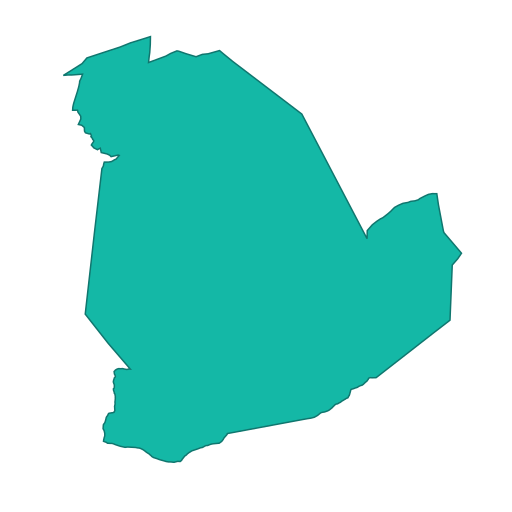 the district of Ocotepec, Chiapas, Mexico, rotated 94°
{"feature_id": "50627088B68373629455752", "entity_name": "Ocotepec", "entity_type": "district", "adm_level": 2, "iso_a3": "MEX", "parent_name": "Mexico", "parent_adm1": "Chiapas", "projection": "natural_earth1", "projection_center": [-93.158, 17.224], "detail": "fine", "context": "isolated", "style": "filled", "palette": "teal", "viewbox_px": 512, "rotation_deg": 94, "n_neighbors": 0, "source": "geoboundaries", "source_scale": "gbopen_adm2", "svg_char_len": 4238}
<svg xmlns="http://www.w3.org/2000/svg" viewBox="0 0 512 512"><g transform="rotate(94 256 256)"><path d="M320.1,73.3L306.5,58.0L251.3,59.6L244.7,54.6L238.9,51.2L219.5,70.2L217.6,70.9L192.1,77.6L181.2,80.0L181.5,84.5L182.5,88.3L184.4,91.8L187.3,96.6L188.6,98.0L189.9,101.3L190.7,105.5L191.9,107.9L193.2,113.1L195.5,117.5L197.9,121.2L200.3,123.3L202.0,124.7L205.0,127.7L209.0,132.2L210.3,134.5L213.0,138.0L216.7,142.1L222.9,146.8L231.0,146.4L111.2,220.2L63.6,292.7L56.6,302.6L53.6,306.7L57.6,317.8L58.6,323.6L61.4,329.7L59.1,339.9L57.1,347.3L56.9,349.2L59.9,355.3L62.9,359.9L70.5,376.7L64.9,376.5L60.6,376.2L52.4,376.2L44.5,376.6L47.2,383.4L52.0,395.8L57.0,406.1L62.9,420.6L70.2,438.5L76.2,442.9L89.3,460.8L89.2,460.3L88.6,456.6L88.2,451.9L88.1,451.3L87.9,449.8L86.7,441.7L91.0,442.9L93.9,444.1L95.6,444.1L98.7,444.5L100.9,444.9L103.2,445.4L104.8,445.7L105.1,445.8L116.3,448.5L118.7,448.9L120.4,449.1L122.6,449.1L123.4,449.1L123.0,444.2L125.0,443.6L126.7,442.2L128.8,440.6L131.6,440.3L137.2,442.4L137.7,439.0L139.8,436.2L142.5,435.9L143.6,435.7L145.0,434.7L145.9,430.8L145.4,429.7L147.8,428.5L148.5,429.0L150.2,427.3L151.0,427.1L152.2,425.9L153.3,426.0L155.5,427.4L156.8,428.0L158.3,426.4L159.4,425.4L160.4,423.0L161.0,421.5L160.6,421.1L159.3,418.9L161.8,418.1L163.6,417.6L164.6,411.7L165.7,408.9L167.0,407.5L164.9,400.6L165.2,399.5L169.2,402.4L169.8,403.8L171.0,405.4L171.9,406.8L172.6,409.7L172.8,412.5L172.9,413.9L174.6,414.3L177.1,414.6L179.5,415.8L243.9,418.8L325.9,422.3L353.5,397.3L377.6,373.5L377.6,375.0L378.0,376.0L378.2,377.3L377.9,379.8L377.6,381.1L377.9,383.2L377.9,385.1L378.1,385.7L378.6,386.9L378.7,387.0L379.6,388.3L380.6,389.0L381.1,389.5L383.1,389.1L383.6,389.0L384.7,388.3L385.3,388.1L386.0,387.9L386.9,388.2L387.6,388.9L388.6,389.0L389.6,389.3L389.8,389.4L391.2,389.5L391.5,389.6L393.0,389.0L394.5,388.3L395.4,388.3L396.5,388.2L397.7,388.3L398.3,388.8L398.5,389.0L400.1,388.7L401.5,388.0L402.6,387.8L402.6,387.7L403.9,387.0L406.2,386.5L406.9,386.5L407.3,386.5L407.5,386.4L409.8,386.4L411.0,386.5L412.5,386.4L413.3,386.2L416.0,386.6L417.1,386.4L418.2,386.3L420.1,386.0L421.4,386.7L421.8,386.7L422.3,387.9L422.5,389.1L423.0,391.1L423.1,391.5L423.3,391.8L423.4,392.1L424.4,392.5L425.8,393.1L426.8,393.8L427.5,394.1L429.4,394.4L431.4,394.8L432.9,395.2L434.7,396.4L435.6,396.5L439.0,396.5L440.8,395.3L443.5,394.5L444.8,394.4L446.0,394.3L447.9,394.8L448.8,394.9L449.7,395.1L449.9,395.1L451.5,395.2L452.1,393.1L452.3,392.3L453.1,391.2L453.1,388.9L453.1,388.1L453.0,387.0L453.0,386.9L453.2,385.4L453.9,383.4L454.9,379.6L455.3,377.9L456.0,373.2L455.5,370.8L455.5,370.5L455.4,362.7L455.7,360.6L455.7,359.0L456.2,357.3L457.2,354.9L458.7,352.6L459.3,351.8L461.1,348.5L461.7,347.9L462.5,346.7L463.2,346.1L464.2,344.2L465.1,340.5L465.7,338.6L466.1,336.9L466.9,332.9L467.3,331.3L467.5,329.0L467.4,327.7L467.4,326.2L467.5,323.4L466.3,319.8L466.3,317.3L465.1,316.0L463.6,315.3L463.5,315.1L463.0,314.8L460.8,313.3L460.1,312.7L459.9,312.2L458.9,311.2L457.9,310.5L457.7,310.1L456.7,309.0L456.0,307.9L454.9,306.5L453.4,302.9L452.5,300.7L451.2,298.0L450.7,296.0L449.2,293.8L448.6,292.7L448.4,291.0L447.2,288.6L446.6,286.9L446.3,285.6L445.8,282.6L445.3,279.6L444.0,278.1L443.5,277.4L441.4,276.0L439.7,275.2L436.0,272.4L435.3,272.3L435.1,272.2L415.7,197.4L415.4,196.2L414.9,194.2L414.8,193.9L413.9,189.9L412.8,186.6L410.7,183.4L408.2,180.8L407.7,180.0L407.3,178.9L406.8,176.7L406.2,175.3L405.7,174.1L405.1,173.0L404.4,172.0L404.1,171.7L402.1,169.5L401.3,168.9L400.3,168.0L399.2,167.1L398.5,166.3L398.3,165.9L398.0,165.5L397.8,164.3L396.9,163.1L396.1,161.7L395.5,161.0L394.9,160.4L393.4,158.2L392.8,157.5L392.5,156.8L392.1,156.6L391.0,154.4L389.2,153.7L388.8,153.3L386.8,152.8L386.6,152.8L385.6,152.6L384.8,152.4L383.9,152.3L382.7,152.0L382.4,151.8L382.1,151.0L381.9,150.4L381.8,150.0L381.6,149.7L381.1,148.4L380.9,148.1L380.6,147.6L380.6,147.3L379.9,145.6L378.9,144.4L378.3,143.3L377.8,142.1L377.7,141.9L377.6,141.6L377.6,141.4L377.3,140.9L377.1,140.8L376.6,140.0L376.5,139.9L375.7,139.3L375.6,139.2L374.9,138.5L374.5,138.3L374.5,138.2L373.5,137.1L373.0,136.6L372.6,136.3L372.0,136.0L371.5,135.7L371.1,135.4L370.2,135.2L369.5,134.0L369.4,133.5L369.4,131.8L369.0,127.7L320.1,73.3Z" fill="#14b8a6" stroke="#0f766e" stroke-width="1.5"/></g></svg>